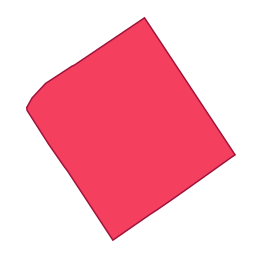 Fayette, Tennessee, United States of America, rotated 325°
{"feature_id": "52423323B86424015189760", "entity_name": "Fayette", "entity_type": "district", "adm_level": 2, "iso_a3": "USA", "parent_name": "United States of America", "parent_adm1": "Tennessee", "projection": "orthographic", "projection_center": [-89.459, 35.199], "detail": "fine", "context": "isolated", "style": "filled", "palette": "rose", "viewbox_px": 256, "rotation_deg": 325, "n_neighbors": 0, "source": "geoboundaries", "source_scale": "gbopen_adm2", "svg_char_len": 428}
<svg xmlns="http://www.w3.org/2000/svg" viewBox="0 0 256 256"><g transform="rotate(325 128 128)"><path d="M200.3,211.4L200.5,204.4L204.7,47.2L120.0,45.7L117.7,45.2L108.1,44.9L86.1,44.2L66.8,48.3L56.7,53.2L55.4,55.9L53.7,96.2L53.6,123.6L53.8,128.5L51.3,211.2L77.7,211.3L95.8,211.4L101.6,211.6L103.9,211.7L121.2,211.8L131.0,211.8L148.7,211.7L193.9,211.3L200.3,211.4Z" fill="#f43f5e" stroke="#9f1239" stroke-width="1.5"/></g></svg>